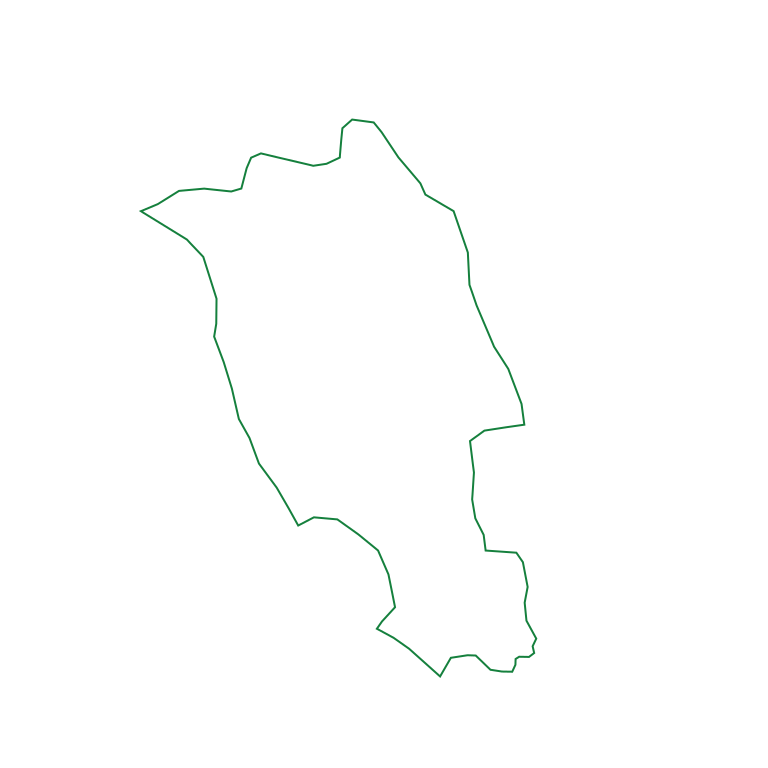 Mefou-et-Afamba, Centre, Cameroon (Equal Earth projection), rotated 314°
{"feature_id": "32672807B57773393916452", "entity_name": "Mefou-et-Afamba", "entity_type": "district", "adm_level": 2, "iso_a3": "CMR", "parent_name": "Cameroon", "parent_adm1": "Centre", "projection": "equal_earth", "projection_center": [11.787, 3.937], "detail": "fine", "context": "isolated", "style": "outline", "palette": "green", "viewbox_px": 768, "rotation_deg": 314, "n_neighbors": 0, "source": "geoboundaries", "source_scale": "gbopen_adm2", "svg_char_len": 1278}
<svg xmlns="http://www.w3.org/2000/svg" viewBox="0 0 768 768"><g transform="rotate(314 384 384)"><path d="M339.5,89.1L340.1,92.2L351.0,141.9L350.7,147.0L349.9,165.7L329.0,204.3L310.8,221.5L300.1,228.9L288.4,253.5L275.0,277.8L258.0,303.9L251.7,324.8L239.9,349.3L234.9,378.8L228.4,401.6L222.6,420.6L239.4,426.2L254.2,444.5L258.0,470.1L260.1,495.4L250.1,519.5L240.6,533.3L231.1,547.0L211.8,547.5L203.0,548.9L208.1,567.3L211.0,586.0L212.6,627.5L233.5,622.3L241.5,628.4L246.9,632.5L252.4,638.6L252.4,659.1L259.1,668.6L266.1,676.1L273.3,673.6L277.6,669.7L281.7,670.7L288.4,677.9L294.8,678.9L298.6,673.1L306.6,670.4L312.7,650.9L324.4,637.1L337.8,628.3L352.3,607.7L354.6,596.4L334.8,572.8L344.7,560.5L350.8,543.0L362.2,527.6L365.8,524.6L382.8,510.2L387.6,504.2L402.7,485.5L420.2,488.6L437.7,501.9L452.2,513.2L465.2,496.8L481.2,462.9L487.3,437.2L488.5,434.5L504.8,396.1L511.4,383.2L514.7,376.6L536.8,353.0L556.7,314.0L549.0,282.2L553.6,270.8L556.4,243.1L557.0,237.0L563.5,207.2L565.0,194.9L552.1,177.4L539.1,176.4L530.0,183.6L518.2,193.2L516.2,194.9L502.5,189.7L491.8,181.5L490.5,179.2L473.5,150.7L464.4,135.3L454.5,131.2L443.8,135.3L425.5,145.6L416.4,140.4L414.8,138.4L402.7,122.9L399.6,118.9L380.5,102.4L356.2,96.3L339.5,89.1Z" fill="none" stroke="#15803d" stroke-width="2"/></g></svg>